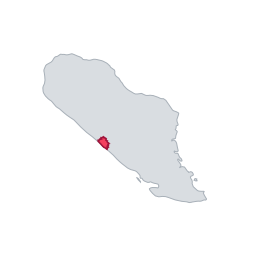 Mahanoro, Atsinanana, Madagascar shown in context, rotated 114°
{"feature_id": "10022922B42807663031303", "entity_name": "Mahanoro", "entity_type": "district", "adm_level": 2, "iso_a3": "MDG", "parent_name": "Madagascar", "parent_adm1": "Atsinanana", "projection": "mercator", "projection_center": [48.476, -20.043], "detail": "fine", "context": "in_parent", "style": "filled", "palette": "rose", "viewbox_px": 256, "rotation_deg": 114, "n_neighbors": 0, "source": "geoboundaries", "source_scale": "gbopen_adm2", "svg_char_len": 5380}
<svg xmlns="http://www.w3.org/2000/svg" viewBox="0 0 256 256"><g transform="rotate(114 128 128)"><path d="M165.6,32.4L166.2,33.9L167.0,35.4L169.3,38.9L170.3,40.2L171.2,41.7L171.6,44.5L173.1,49.0L174.5,55.7L175.0,62.6L175.4,65.8L176.5,68.7L178.3,71.8L178.9,75.3L177.8,78.8L176.2,82.2L175.8,82.8L175.0,83.7L174.7,83.7L173.4,82.8L172.4,81.4L171.0,78.0L170.6,76.3L170.0,76.1L168.5,76.2L167.4,77.3L167.1,77.9L167.4,79.8L167.8,81.5L168.0,83.2L168.0,85.4L168.4,86.1L169.1,86.6L169.7,88.0L169.8,91.4L169.4,93.1L168.3,94.6L168.4,95.4L168.8,96.2L168.4,96.7L167.0,97.4L166.4,97.9L165.6,99.4L164.3,102.5L164.2,104.1L164.9,108.8L164.7,112.2L163.1,118.7L162.2,121.8L160.9,125.5L158.8,130.4L156.8,136.5L155.1,142.8L153.9,146.6L152.5,150.4L150.5,157.0L148.9,163.8L146.4,171.3L143.0,179.7L142.6,180.8L141.9,185.1L141.2,188.8L140.2,192.5L138.3,198.6L138.1,200.5L137.7,202.4L135.9,206.2L135.1,207.7L134.5,209.2L134.2,211.1L133.7,213.0L132.3,216.5L130.3,219.4L129.0,220.5L126.0,222.1L124.5,222.4L121.2,222.4L118.0,223.3L114.6,225.1L111.4,227.1L110.2,228.0L108.8,228.5L104.6,228.6L103.3,228.2L99.0,225.0L97.4,224.4L94.3,224.0L93.3,223.7L92.5,223.3L91.2,221.6L88.7,220.1L88.1,219.7L87.7,218.7L87.4,217.6L86.8,216.5L86.3,214.2L85.5,212.6L83.2,209.8L82.9,208.9L82.8,206.0L82.8,204.0L82.6,200.3L82.9,198.6L83.7,197.0L83.3,195.4L82.5,193.6L82.2,191.8L81.5,190.2L79.1,187.2L78.5,185.7L78.1,184.2L77.2,179.5L77.1,177.9L77.3,174.4L77.6,172.7L78.2,171.4L78.3,170.5L78.7,169.7L79.3,169.1L79.7,168.3L80.6,163.9L81.7,163.0L83.4,162.4L84.8,161.3L85.6,159.7L86.3,156.5L88.5,153.4L89.2,151.7L91.0,149.2L92.5,145.7L93.0,144.0L93.3,142.3L93.7,138.6L94.0,136.8L93.9,135.0L93.0,133.1L90.9,129.7L90.9,129.1L91.0,126.5L90.9,124.7L90.1,122.9L89.1,121.2L88.1,118.0L87.7,112.7L87.8,110.8L87.5,109.1L86.8,107.5L87.3,104.7L93.5,94.6L93.7,93.4L93.5,90.3L93.6,88.5L93.8,87.8L94.3,87.5L95.4,87.3L100.4,86.8L101.0,86.5L102.3,85.7L104.0,84.0L104.8,83.5L105.5,83.7L105.9,84.4L106.5,84.8L108.5,84.1L109.3,84.0L110.1,84.2L110.5,83.5L110.7,82.6L111.0,81.9L111.5,81.5L114.1,81.3L115.8,81.1L118.0,80.4L118.4,80.6L120.2,82.9L120.7,83.1L121.4,83.2L122.0,82.7L120.6,81.5L120.3,80.9L120.4,80.1L121.2,78.4L122.4,77.2L125.3,75.2L128.2,73.0L129.0,72.9L129.7,73.2L130.3,75.8L130.2,76.3L130.7,76.3L131.2,76.0L131.7,74.9L131.7,74.1L131.3,73.2L131.2,72.5L131.1,71.8L132.6,70.3L133.8,68.8L134.3,67.1L134.8,66.3L136.0,65.3L136.4,65.5L136.7,66.2L136.8,67.0L136.5,67.8L136.1,68.6L135.9,69.6L136.6,69.8L137.2,69.5L138.2,67.7L139.3,65.9L139.9,65.0L140.7,64.4L142.1,64.5L143.4,64.9L141.3,63.0L140.7,60.5L143.3,56.1L143.3,55.2L143.7,54.9L143.9,54.5L142.5,53.1L142.3,52.3L142.4,51.2L143.1,50.2L143.7,49.5L144.5,49.3L145.1,49.6L146.5,50.9L147.5,51.0L148.7,49.9L149.6,48.4L151.0,47.4L152.7,46.8L155.1,44.5L156.7,39.7L156.9,38.3L156.5,36.6L155.9,35.0L155.0,33.0L155.2,32.5L156.6,32.8L157.0,32.5L158.5,30.8L160.9,27.4L161.7,27.4L162.4,28.0L162.6,28.9L163.1,29.6L164.8,31.2L165.6,32.4ZM148.7,45.9L148.8,46.4L146.9,46.2L146.6,44.4L147.5,44.3L147.7,43.6L148.3,43.5L148.9,45.1L148.7,45.9ZM171.2,97.5L169.6,100.2L170.0,98.0L171.9,94.7L172.4,94.5L171.2,97.5Z" fill="#d9dde1" stroke="#a8b0b8" stroke-width="1"/><path d="M152.4,149.7L152.4,149.4L152.6,148.9L152.8,148.6L153.0,147.9L153.2,147.6L153.4,147.2L153.6,146.6L153.8,146.0L153.9,145.9L154.0,145.7L154.2,145.4L154.4,144.9L154.6,144.4L154.7,144.1L154.9,143.8L155.0,143.7L155.0,143.4L155.1,143.1L155.3,142.7L155.5,142.3L155.5,142.2L155.4,142.0L155.4,141.9L155.4,141.5L155.5,140.5L155.6,140.2L155.7,139.8L155.7,139.6L155.9,139.0L156.0,138.5L155.7,138.5L155.5,138.4L155.3,138.4L155.1,138.5L154.9,138.7L154.7,138.6L154.4,138.7L154.4,138.8L154.2,138.9L154.3,139.0L154.2,139.0L154.1,138.9L154.1,139.0L153.9,139.0L153.7,139.0L153.6,138.9L153.6,139.0L153.5,138.9L153.4,138.9L153.3,139.0L153.2,139.0L153.2,138.9L153.1,139.0L153.1,138.9L153.1,138.7L153.0,138.8L152.9,138.9L152.9,139.0L152.6,138.9L152.5,139.0L152.4,139.0L152.2,139.0L152.2,138.9L151.9,138.8L151.8,139.0L151.7,139.2L151.7,139.3L151.4,139.3L151.3,139.5L151.2,139.6L151.1,139.4L150.9,139.4L150.7,139.3L150.4,139.3L150.3,139.2L150.3,139.3L150.2,139.3L150.0,139.2L149.9,139.2L149.8,139.3L149.7,139.3L149.6,139.5L149.6,139.8L149.6,140.0L149.4,140.2L149.4,140.3L149.4,140.5L149.3,140.8L149.3,141.0L149.2,141.0L149.1,141.3L148.9,141.4L148.8,141.5L148.7,141.7L148.6,141.8L148.4,141.9L148.2,141.8L148.2,142.0L148.3,142.3L148.2,142.5L148.2,142.9L148.2,143.0L148.1,143.3L147.9,143.3L147.9,143.2L147.7,143.2L147.6,143.3L147.4,143.3L147.2,143.4L147.2,143.5L146.9,143.7L146.8,143.8L146.7,143.9L146.7,144.0L146.7,144.3L146.6,144.5L146.5,144.4L146.5,144.5L146.5,144.8L146.4,144.9L146.4,145.0L146.5,145.3L146.4,145.4L146.3,145.5L146.4,145.8L146.3,146.0L146.2,146.0L146.2,146.3L146.2,146.5L146.1,146.8L146.3,146.8L146.5,146.7L146.8,146.7L146.8,146.8L146.7,146.9L146.7,147.0L146.7,147.3L146.8,147.3L146.9,147.5L147.0,147.6L147.2,147.8L147.4,147.9L147.4,148.0L147.6,148.1L147.8,148.2L148.0,148.1L148.0,148.3L148.1,148.2L148.1,148.3L148.2,148.2L148.3,148.1L148.5,148.0L148.7,147.9L148.8,147.8L148.9,148.0L149.0,148.0L149.3,148.1L149.4,148.3L149.4,148.5L149.1,148.8L149.3,149.0L149.5,149.2L149.8,148.9L149.9,149.0L150.0,149.3L150.0,149.2L150.1,149.3L150.1,149.5L150.3,149.6L150.6,149.7L150.8,149.6L151.0,149.7L151.2,149.4L151.3,149.4L151.5,149.6L151.7,149.8L151.8,149.9L151.8,150.0L151.9,149.9L152.1,149.9L152.4,149.7Z" fill="#f43f5e" stroke="#9f1239" stroke-width="1.5"/></g></svg>